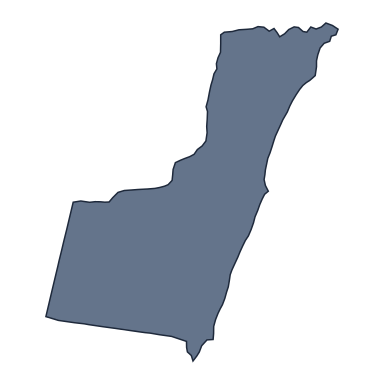 Vila Velha, Espírito Santo, Brazil (Natural Earth projection)
{"feature_id": "56859067B3847278912297", "entity_name": "Vila Velha", "entity_type": "district", "adm_level": 2, "iso_a3": "BRA", "parent_name": "Brazil", "parent_adm1": "Espírito Santo", "projection": "natural_earth1", "projection_center": [-40.359, -20.427], "detail": "fine", "context": "isolated", "style": "filled", "palette": "slate", "viewbox_px": 384, "rotation_deg": 0, "n_neighbors": 0, "source": "geoboundaries", "source_scale": "gbopen_adm2", "svg_char_len": 1927}
<svg xmlns="http://www.w3.org/2000/svg" viewBox="0 0 384 384"><path d="M197.4,149.5L194.1,154.3L189.6,156.7L185.0,158.4L180.8,160.1L175.4,162.6L173.1,169.5L172.7,174.7L172.1,180.4L168.1,184.7L164.5,186.2L159.6,187.5L155.0,188.4L147.6,189.0L138.0,189.5L131.5,190.0L124.3,190.5L118.0,192.4L112.9,197.5L109.1,202.0L104.9,202.2L100.5,201.8L95.1,201.7L89.6,202.3L80.8,201.0L73.2,202.2L71.7,208.5L66.8,229.1L63.8,241.2L61.7,250.1L59.0,261.1L57.9,266.0L52.4,289.0L50.6,296.6L45.9,316.6L58.4,320.4L74.4,322.7L84.2,323.8L88.6,324.6L102.9,326.7L115.5,328.4L120.3,329.1L139.8,331.9L144.9,332.6L150.1,333.1L159.4,334.7L171.6,336.4L186.5,341.4L186.6,347.4L187.4,351.9L191.3,355.5L193.0,361.0L196.8,356.0L199.3,352.0L201.7,345.7L207.0,339.9L213.1,339.5L213.6,333.7L213.7,326.4L215.6,319.5L218.0,313.4L220.2,308.8L222.4,304.8L224.8,298.5L226.6,292.0L228.3,286.8L229.4,280.3L230.2,274.7L231.9,270.0L234.6,264.1L237.8,257.2L240.0,251.8L242.7,245.9L245.4,240.4L248.4,235.9L251.1,229.6L253.5,222.8L255.0,216.9L257.7,210.5L259.8,204.5L262.2,199.0L264.6,194.3L268.3,191.2L265.4,185.5L264.1,179.6L264.9,174.7L265.4,169.9L266.6,164.1L267.8,158.3L270.0,152.9L271.9,147.1L273.9,140.6L275.4,136.1L278.5,129.3L280.8,124.3L282.8,119.8L287.3,112.0L289.8,106.0L292.4,100.9L296.2,94.6L299.6,89.5L302.8,85.5L306.3,82.6L310.0,80.2L315.2,75.6L316.5,66.8L316.5,60.8L317.8,54.8L320.1,48.0L324.1,43.3L329.7,41.3L331.3,36.2L335.9,34.8L338.1,29.2L332.5,25.5L325.9,23.0L321.4,27.0L316.1,29.0L310.8,27.0L306.8,32.2L303.0,31.5L298.5,27.5L294.1,26.9L288.8,29.5L284.6,33.8L279.7,36.8L277.0,32.5L274.0,28.5L269.2,31.2L263.9,27.2L258.0,26.6L252.7,28.8L246.9,29.3L238.9,29.8L232.3,31.5L224.3,32.2L220.7,34.8L220.7,43.6L220.5,52.3L218.0,57.8L216.4,63.7L216.9,68.9L214.0,73.8L212.5,80.1L211.0,85.0L209.5,91.9L208.0,99.9L206.1,106.8L207.5,111.5L207.2,119.3L206.7,126.6L207.1,132.8L205.9,141.0L202.1,146.0L197.4,149.5Z" fill="#64748b" stroke="#1e293b" stroke-width="1.5"/></svg>